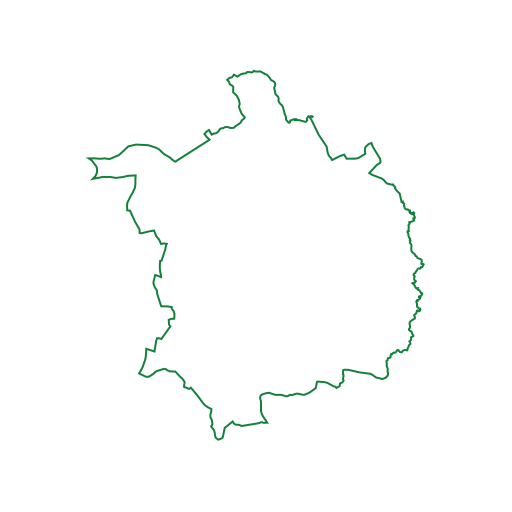 Usiacurí, Atlántico, Colombia, rotated 61°
{"feature_id": "7082276B65299122871620", "entity_name": "Usiacurí", "entity_type": "district", "adm_level": 2, "iso_a3": "COL", "parent_name": "Colombia", "parent_adm1": "Atlántico", "projection": "orthographic", "projection_center": [-74.979, 10.736], "detail": "fine", "context": "isolated", "style": "outline", "palette": "green", "viewbox_px": 512, "rotation_deg": 61, "n_neighbors": 0, "source": "geoboundaries", "source_scale": "gbopen_adm2", "svg_char_len": 6120}
<svg xmlns="http://www.w3.org/2000/svg" viewBox="0 0 512 512"><g transform="rotate(61 256 256)"><path d="M260.1,101.3L258.9,103.3L256.3,106.1L254.5,106.8L251.4,107.4L249.3,108.4L241.4,115.0L238.4,116.7L234.9,106.1L234.8,102.8L234.2,101.5L231.0,100.3L217.7,100.9L213.1,100.3L212.7,103.2L213.7,107.4L215.1,108.8L219.6,110.9L219.9,118.4L219.6,120.4L218.7,122.5L214.8,129.6L210.1,129.7L209.3,133.9L209.0,142.9L206.0,143.0L205.0,143.4L203.0,143.6L200.0,143.1L194.6,141.2L180.3,142.4L164.0,141.5L160.4,141.8L161.2,139.4L162.5,138.8L161.3,138.9L160.6,139.6L160.1,141.6L159.3,142.1L159.3,142.8L160.5,145.0L161.9,145.2L162.8,146.9L162.5,147.9L158.2,152.3L156.8,154.3L156.0,156.3L155.7,156.3L155.4,155.3L154.9,156.1L154.2,159.8L154.5,160.8L154.8,160.8L155.6,161.6L155.6,162.2L155.0,162.9L151.3,163.6L148.9,162.4L145.5,162.0L139.0,160.3L136.7,160.3L134.9,161.0L131.4,161.3L129.9,160.2L128.2,159.5L127.0,159.6L124.0,160.5L117.5,158.5L116.4,156.8L115.4,156.0L113.5,155.4L111.4,156.1L109.5,157.5L106.8,157.7L102.7,158.5L101.1,160.2L100.3,160.3L99.7,160.9L97.3,162.2L96.3,163.3L95.8,164.7L94.4,167.0L93.0,168.2L93.5,169.6L93.4,170.8L91.6,173.1L90.8,174.7L91.2,175.7L91.3,176.6L90.1,178.9L90.1,179.9L89.7,180.8L89.7,182.5L90.0,183.4L90.2,185.2L86.7,187.4L88.1,190.4L87.3,192.9L88.0,195.8L90.6,195.1L93.2,195.7L95.5,194.2L97.1,193.9L101.7,196.6L106.5,195.1L111.3,195.3L115.0,196.5L116.9,198.2L118.4,198.9L124.6,199.6L129.3,198.6L129.8,199.1L130.5,202.6L132.0,205.2L132.5,210.8L133.1,213.1L132.4,215.0L131.4,216.6L129.9,217.8L128.8,219.3L128.3,220.2L128.2,222.9L127.5,224.4L127.6,226.3L128.8,228.4L129.3,231.2L128.4,233.9L128.4,235.9L123.0,236.0L123.3,239.3L124.3,241.9L128.2,241.4L131.8,240.2L134.2,278.8L134.5,280.4L134.4,280.9L130.5,282.9L129.7,282.9L127.7,283.8L122.1,287.1L115.4,289.2L112.6,291.1L106.8,296.6L100.5,306.7L98.2,314.4L101.3,326.8L100.2,337.1L97.3,341.0L95.4,345.2L91.9,350.6L89.6,354.9L92.8,353.3L100.6,352.2L103.3,353.0L105.8,354.5L108.2,357.5L109.4,361.3L112.8,351.1L114.6,348.3L115.9,345.6L119.8,340.6L122.3,334.4L123.8,329.1L127.2,322.2L130.6,324.4L134.9,326.8L137.5,328.7L140.8,333.1L142.9,336.7L147.3,343.0L150.0,344.7L153.7,346.5L155.3,344.2L167.6,345.2L175.4,345.0L176.9,345.3L179.5,346.6L180.6,345.1L182.5,338.0L184.3,332.8L190.1,333.6L194.7,332.8L199.4,333.2L200.3,330.6L202.1,328.2L203.1,329.5L206.6,332.5L214.4,341.0L213.8,342.2L218.6,345.3L223.1,347.4L227.1,348.5L228.5,349.3L226.2,351.0L223.8,353.4L228.6,357.9L230.3,359.0L234.4,359.7L237.2,359.4L238.7,359.6L241.4,360.8L254.0,363.3L257.1,358.0L259.7,354.5L261.2,355.2L264.3,354.8L267.0,355.3L271.2,357.9L269.9,360.6L269.5,363.2L273.3,365.1L274.4,365.3L276.0,365.0L282.7,379.0L280.8,380.9L280.0,382.4L281.9,384.5L290.3,391.1L284.0,396.9L290.6,401.2L292.9,403.1L298.3,409.1L302.1,415.2L308.1,410.9L309.6,408.5L309.4,403.3L308.6,400.2L308.5,398.5L310.1,391.3L310.6,390.3L311.5,389.6L312.9,389.0L315.0,387.4L318.0,382.6L325.5,380.7L327.7,379.9L331.6,379.5L335.5,382.4L339.8,379.0L339.6,376.8L349.4,374.9L359.5,373.6L361.7,373.0L365.1,371.4L368.2,369.2L370.3,370.5L372.6,372.8L373.9,373.6L375.5,374.1L378.4,374.2L381.2,375.3L382.6,376.4L383.4,377.9L387.9,377.2L390.0,377.6L394.0,379.1L395.5,379.3L398.4,378.0L398.9,374.3L398.6,373.1L391.2,366.7L389.4,356.6L391.5,356.6L392.9,356.1L393.5,355.7L395.5,352.6L397.7,351.0L403.6,334.6L403.8,332.1L405.8,329.9L407.2,327.0L399.7,327.6L397.0,327.5L394.3,326.9L385.5,322.1L382.6,321.4L381.2,320.5L380.2,319.3L380.2,316.9L381.0,313.4L381.9,311.0L386.9,306.3L389.7,301.2L393.5,297.4L394.0,296.1L393.9,293.5L395.1,292.0L395.9,287.6L397.1,285.6L400.2,282.2L400.9,280.7L401.4,275.3L400.6,268.3L400.3,267.6L395.7,263.7L395.7,263.0L399.4,257.4L401.4,255.2L407.6,251.3L408.9,249.9L410.4,249.6L410.4,246.2L410.1,245.6L408.2,244.3L408.4,241.8L407.7,240.0L407.4,239.7L405.8,239.7L403.6,237.7L402.1,237.0L401.6,237.3L398.1,235.1L398.4,233.7L400.4,230.3L408.2,221.6L414.6,212.9L416.9,211.5L420.4,210.0L423.3,206.6L424.5,205.8L425.1,203.9L425.3,200.9L424.8,200.5L424.5,198.8L422.5,197.1L420.9,197.0L418.6,195.5L415.1,194.9L413.6,193.7L412.3,193.5L411.0,192.6L410.8,191.2L409.4,190.3L409.9,187.7L409.7,187.3L408.4,186.7L407.2,185.1L407.8,184.4L407.3,183.3L407.3,182.5L408.1,180.7L406.8,178.0L406.8,177.6L407.4,177.1L409.5,176.8L410.6,175.8L410.9,175.0L410.0,173.6L410.3,171.3L411.8,169.6L411.6,169.1L410.1,167.9L409.5,166.8L408.3,165.6L407.7,163.5L406.4,163.1L405.1,163.2L404.5,161.1L402.2,159.7L402.4,157.3L402.0,157.0L400.2,157.1L397.7,156.7L397.1,156.9L396.2,157.6L394.8,158.0L394.2,157.8L393.4,156.3L392.1,155.3L389.8,154.6L388.4,153.6L387.7,150.7L387.8,148.2L387.6,147.3L386.4,146.6L384.7,146.6L384.4,146.2L383.7,143.5L381.9,141.8L381.9,141.0L383.2,140.5L383.4,139.6L383.2,139.0L382.4,138.5L382.2,138.0L381.6,138.0L381.3,138.7L378.2,139.7L376.1,138.5L373.4,137.8L373.0,137.0L373.5,136.4L372.7,136.1L373.1,134.4L372.6,133.1L372.1,132.5L371.0,133.5L370.4,133.0L370.9,130.9L369.8,129.0L369.1,128.9L368.4,129.6L365.3,129.7L363.7,130.9L362.6,129.9L361.9,131.3L361.3,131.7L358.0,131.6L355.6,132.4L355.6,131.5L356.4,130.3L355.6,128.4L354.4,129.0L352.9,128.9L351.9,128.3L351.2,127.3L350.4,127.1L349.4,127.5L348.7,127.2L348.0,126.1L348.1,124.8L347.0,123.7L346.9,122.7L345.7,120.9L345.8,119.4L346.6,118.6L346.6,118.3L345.7,116.9L346.3,116.0L344.6,113.4L344.0,113.6L343.7,114.7L342.9,115.2L341.2,113.7L339.6,113.0L338.3,113.7L336.2,115.7L334.2,115.7L333.4,116.4L331.4,116.3L328.0,117.6L327.3,117.6L325.6,117.1L321.9,114.8L320.5,114.6L319.0,115.0L318.4,114.7L317.7,113.6L316.6,113.8L315.9,112.8L314.0,113.2L311.8,112.7L310.1,111.9L308.8,112.0L307.9,111.5L308.3,110.3L306.5,109.6L304.4,108.1L303.2,107.9L302.5,107.1L302.3,106.0L301.9,105.6L300.8,105.6L301.6,102.1L301.5,100.5L301.2,100.2L299.6,100.4L299.4,100.0L300.0,99.6L300.0,99.2L299.0,98.2L296.4,98.1L295.1,96.8L294.2,97.0L294.2,97.7L295.2,98.0L295.4,98.8L294.9,99.3L293.7,99.4L293.6,100.3L292.6,100.6L292.0,100.3L292.0,99.6L290.7,99.3L290.0,100.5L288.9,100.6L288.2,102.0L286.5,102.7L283.7,102.2L282.3,101.1L281.7,101.1L280.7,101.8L279.6,101.2L279.3,102.5L271.0,100.0L267.9,101.1L264.2,101.6L263.3,100.8L260.7,101.7L260.1,101.3Z" fill="none" stroke="#15803d" stroke-width="2"/></g></svg>